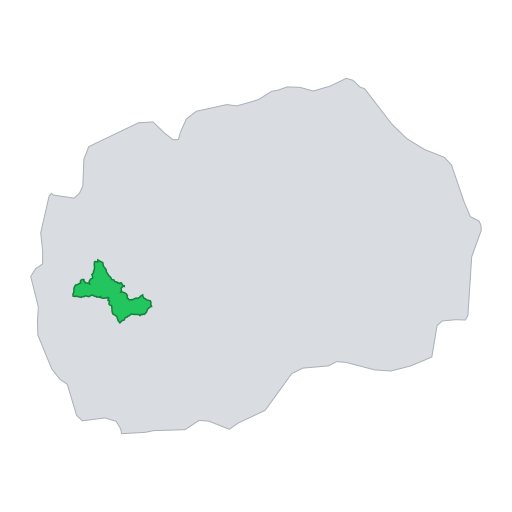 Drugovo, Drugovo, North Macedonia (highlighted)
{"feature_id": "65306769B99207835594431", "entity_name": "Drugovo", "entity_type": "district", "adm_level": 2, "iso_a3": "MKD", "parent_name": "North Macedonia", "parent_adm1": "Drugovo", "projection": "mercator", "projection_center": [20.907, 41.458], "detail": "fine", "context": "in_parent", "style": "filled", "palette": "green", "viewbox_px": 512, "rotation_deg": 0, "n_neighbors": 0, "source": "geoboundaries", "source_scale": "gbopen_adm2", "svg_char_len": 2648}
<svg xmlns="http://www.w3.org/2000/svg" viewBox="0 0 512 512"><path d="M227.0,104.6L236.8,105.9L258.1,99.8L271.4,91.4L278.2,90.1L287.2,86.9L300.1,87.4L313.2,91.0L329.9,86.2L346.3,78.3L352.9,80.3L360.0,87.0L364.7,88.8L391.9,124.2L406.8,138.6L424.3,149.4L444.4,157.4L451.5,165.0L464.3,202.5L470.4,216.7L478.9,220.9L480.9,225.0L481.3,230.4L471.7,256.7L467.9,315.3L465.5,320.0L455.5,319.7L442.2,321.0L437.1,325.5L431.8,357.0L410.4,366.0L391.0,371.0L374.7,369.9L346.0,362.4L336.6,361.6L328.5,365.9L302.9,368.1L291.7,373.6L265.2,410.3L238.4,422.9L229.3,429.3L208.9,421.2L199.1,420.4L184.9,429.7L153.9,430.6L145.5,432.3L121.6,433.7L120.6,428.7L116.2,421.3L105.0,417.9L82.2,420.8L76.6,415.4L67.3,384.3L59.9,379.3L51.7,368.8L37.8,334.9L37.5,320.0L38.4,307.1L30.7,276.5L35.5,268.8L42.6,263.9L42.7,251.6L40.7,232.9L49.1,196.0L51.4,193.4L53.6,195.1L74.1,198.1L79.4,193.4L82.8,186.1L83.9,159.1L88.8,146.6L138.4,122.8L153.0,121.9L164.2,132.8L173.0,139.8L178.4,139.6L180.3,132.6L186.3,119.0L196.5,111.2L226.7,104.6L227.0,104.6Z" fill="#d9dde1" stroke="#a8b0b8" stroke-width="1"/><path d="M124.3,286.4L124.2,285.7L122.6,285.2L121.3,282.8L120.3,282.8L119.8,283.6L118.1,282.6L117.7,283.0L117.0,282.1L114.5,281.4L113.9,279.9L111.8,279.6L110.5,277.1L108.6,275.5L108.2,274.5L106.3,271.8L106.3,269.9L103.4,266.0L102.8,262.6L99.7,261.0L97.8,259.9L97.8,261.9L95.3,261.5L94.5,261.8L94.2,265.3L94.6,266.6L94.2,270.3L93.5,271.0L93.4,273.0L91.8,274.5L92.8,277.1L92.4,278.3L90.5,279.1L89.1,281.5L89.6,283.9L87.9,283.1L85.0,282.8L84.8,281.7L83.7,280.7L84.0,279.7L83.0,279.3L81.1,280.0L80.4,280.9L80.7,283.1L80.1,283.1L77.0,284.8L75.7,284.9L75.1,285.6L74.0,288.0L73.8,292.2L72.9,294.1L73.1,296.2L75.4,296.5L76.4,296.2L81.3,297.4L82.3,296.7L84.3,296.6L85.3,295.8L88.8,296.7L92.2,294.9L94.6,296.3L96.4,296.5L96.6,297.1L97.7,296.8L98.8,297.3L100.6,296.6L100.4,297.5L103.0,298.3L106.7,297.9L107.4,297.4L108.4,297.7L108.9,298.1L108.2,298.7L108.0,300.5L109.5,300.8L108.9,304.0L110.1,305.2L111.7,305.7L112.1,311.7L112.8,313.9L116.8,316.4L118.1,320.7L119.9,322.9L122.1,320.6L124.2,320.0L125.3,317.5L127.2,317.1L127.9,316.0L128.9,316.0L131.4,313.9L133.2,314.4L138.7,314.5L139.7,315.5L140.3,315.5L141.0,314.4L142.4,314.7L142.9,314.1L144.4,314.4L146.6,312.0L147.5,309.2L150.5,306.7L151.6,306.5L150.7,304.2L151.0,302.3L150.3,300.8L146.4,299.8L145.3,298.7L144.0,298.2L142.9,296.5L142.7,294.9L140.4,296.2L139.6,297.4L137.1,298.5L136.1,298.0L131.7,300.0L131.3,299.6L129.1,299.9L128.2,298.5L127.6,298.5L127.1,297.4L127.4,295.4L126.6,294.8L126.5,294.0L124.5,292.7L121.9,291.9L120.8,292.2L121.5,290.9L121.1,288.2L123.4,286.1L124.3,286.4Z" fill="#22c55e" stroke="#15803d" stroke-width="1.5"/></svg>